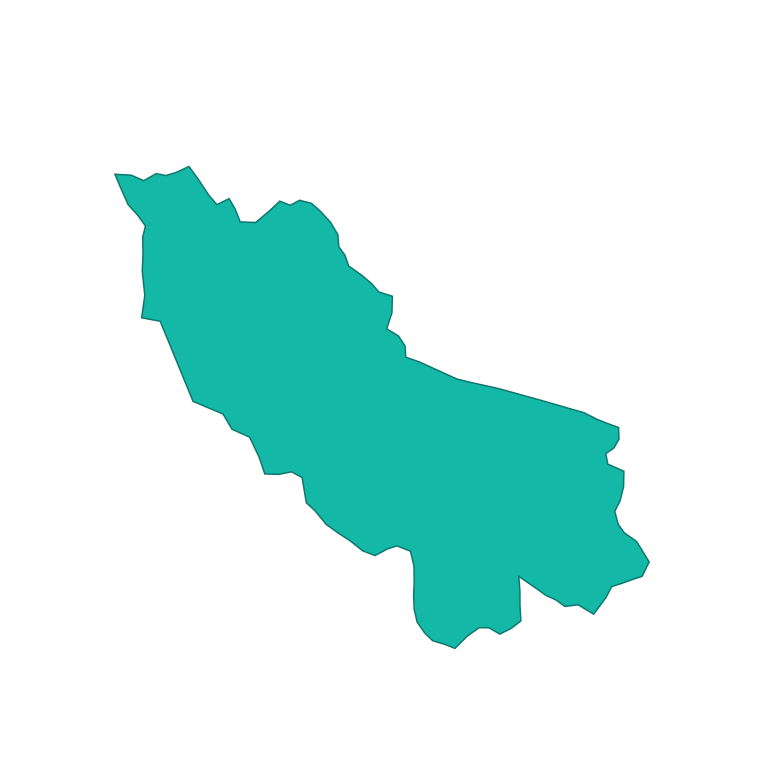 the district of Pedreira, São Paulo, Brazil, rotated 161°
{"feature_id": "56859067B78488981040845", "entity_name": "Pedreira", "entity_type": "district", "adm_level": 2, "iso_a3": "BRA", "parent_name": "Brazil", "parent_adm1": "São Paulo", "projection": "albers", "projection_center": [-46.892, -22.763], "detail": "fine", "context": "isolated", "style": "filled", "palette": "teal", "viewbox_px": 768, "rotation_deg": 161, "n_neighbors": 0, "source": "geoboundaries", "source_scale": "gbopen_adm2", "svg_char_len": 1549}
<svg xmlns="http://www.w3.org/2000/svg" viewBox="0 0 768 768"><g transform="rotate(161 384 384)"><path d="M260.7,98.1L243.7,109.8L234.5,118.3L222.5,118.1L212.2,118.3L202.6,118.1L191.2,129.4L196.4,152.8L205.2,165.0L208.2,175.0L207.3,188.4L198.8,196.7L190.8,209.1L185.6,223.4L198.5,235.4L196.9,246.0L187.6,248.6L179.8,255.3L176.4,266.4L186.7,274.9L194.5,281.6L204.1,291.6L218.9,302.0L236.5,314.4L277.2,342.4L302.4,357.8L313.7,365.2L343.5,393.4L354.7,402.3L351.7,413.0L354.7,424.7L363.5,435.3L353.3,448.8L347.5,464.2L358.9,472.7L362.9,482.7L369.5,493.8L379.0,507.2L379.0,518.3L382.0,528.5L379.0,540.2L382.0,554.6L388.2,568.7L393.8,578.5L404.0,585.2L414.4,583.5L423.0,590.8L435.4,585.2L452.8,578.5L467.2,584.1L467.8,598.2L470.2,609.7L483.6,608.0L488.2,619.7L493.0,638.2L497.6,653.2L511.5,651.7L522.3,652.1L530.9,657.1L544.9,654.5L555.1,663.8L570.1,669.9L568.9,652.1L567.5,636.7L561.9,623.7L558.1,611.1L564.3,601.5L569.5,585.4L575.7,569.8L581.3,545.7L591.6,525.5L575.2,516.2L570.2,429.7L546.0,408.0L542.4,390.6L528.3,377.4L525.9,355.2L526.0,337.8L512.9,332.8L500.1,331.1L491.9,322.2L496.1,297.0L490.5,286.6L484.3,269.9L475.1,257.0L467.3,247.1L458.5,233.2L448.3,224.7L434.8,226.9L424.6,226.8L413.4,217.3L415.0,201.9L420.0,186.7L425.2,173.4L428.8,161.0L430.2,148.2L426.6,135.4L421.6,125.4L411.2,118.0L403.0,110.9L386.8,118.7L373.3,122.6L364.1,119.3L355.9,109.8L343.5,111.5L331.7,115.4L327.5,130.4L322.8,144.3L319.2,158.2L307.0,141.7L299.8,131.5L291.6,123.7L285.4,114.8L272.3,112.0L260.7,98.1Z" fill="#14b8a6" stroke="#0f766e" stroke-width="1.5"/></g></svg>